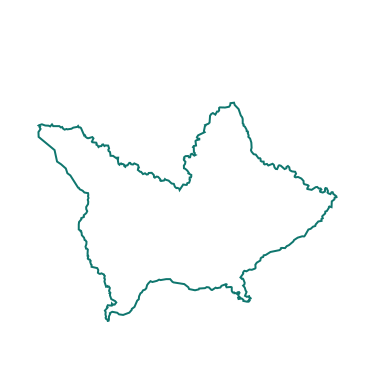 Sant'Ana do Livramento, Rio Grande do Sul, Brazil (Robinson projection), rotated 156°
{"feature_id": "56859067B62565689468111", "entity_name": "Sant'Ana do Livramento", "entity_type": "district", "adm_level": 2, "iso_a3": "BRA", "parent_name": "Brazil", "parent_adm1": "Rio Grande do Sul", "projection": "robinson", "projection_center": [-55.556, -30.804], "detail": "fine", "context": "isolated", "style": "outline", "palette": "teal", "viewbox_px": 384, "rotation_deg": 156, "n_neighbors": 0, "source": "geoboundaries", "source_scale": "gbopen_adm2", "svg_char_len": 6038}
<svg xmlns="http://www.w3.org/2000/svg" viewBox="0 0 384 384"><g transform="rotate(156 192 192)"><path d="M314.3,173.5L313.9,172.5L312.9,171.9L312.6,170.2L313.4,169.7L313.7,166.8L313.4,166.2L314.2,164.5L309.5,161.0L309.4,158.8L310.8,156.5L310.3,155.5L309.4,154.6L307.8,154.5L306.0,152.4L306.2,151.6L305.8,150.8L307.2,149.0L307.0,147.8L308.4,145.8L309.0,140.4L307.5,140.4L307.6,139.7L306.4,139.4L306.1,137.7L308.0,135.4L307.8,133.8L308.4,133.2L307.8,132.9L309.0,131.0L309.3,127.0L306.6,123.6L306.1,121.9L308.5,120.6L310.4,121.8L310.6,122.5L311.2,121.5L310.9,120.9L311.5,120.8L315.0,122.8L316.5,121.5L316.2,120.7L319.8,119.1L319.7,117.4L320.8,115.5L321.3,112.9L322.1,112.2L322.1,111.0L321.3,110.1L321.4,108.5L320.6,108.3L319.9,109.1L318.5,112.1L316.5,113.8L316.3,114.7L313.6,115.0L309.4,112.1L308.4,109.9L304.9,107.7L298.3,107.3L295.1,108.8L294.5,109.7L291.3,110.4L286.2,115.1L284.3,115.6L282.8,118.2L280.3,120.4L278.7,120.7L276.7,122.1L274.8,121.9L273.0,122.6L270.9,125.2L269.0,126.3L266.2,127.4L264.8,125.9L260.2,125.1L257.7,125.3L256.5,124.3L251.0,122.9L247.4,121.3L246.4,117.9L245.6,116.9L236.5,111.0L234.1,106.5L234.1,104.5L229.2,101.0L225.5,100.3L224.7,100.9L219.3,98.9L217.2,99.1L215.4,98.0L214.1,94.7L213.4,94.3L209.3,95.0L208.3,94.0L204.9,93.2L203.2,94.3L198.4,94.0L198.0,93.5L199.2,92.5L199.2,90.9L195.0,89.4L194.5,88.7L195.9,85.5L195.7,83.7L194.4,83.1L194.5,82.3L193.2,81.9L192.4,80.7L191.2,81.8L189.8,81.5L189.6,80.6L191.6,79.1L191.8,78.0L191.2,76.6L192.9,76.6L193.0,75.3L189.9,74.5L188.9,72.6L189.4,71.6L186.2,69.3L185.3,69.6L184.8,68.8L183.5,69.4L183.8,70.3L183.3,70.7L181.7,70.9L181.7,71.7L182.6,72.6L182.3,73.6L184.5,73.9L185.8,75.6L182.8,78.5L183.1,80.1L182.7,83.3L183.4,85.7L181.8,86.2L180.8,87.6L180.6,91.5L180.9,92.3L181.7,92.3L182.5,94.2L178.4,96.6L178.3,97.4L177.1,98.4L176.2,98.7L174.5,97.4L171.1,97.8L169.0,96.6L165.7,96.4L164.8,96.8L163.7,99.8L161.6,101.1L157.5,101.6L156.2,103.5L155.1,103.9L153.4,103.7L152.3,105.0L150.2,104.5L144.7,105.3L135.7,103.3L134.1,103.7L133.7,104.5L132.7,104.4L129.8,102.9L127.5,104.0L125.1,104.0L119.6,105.6L118.3,106.6L114.0,107.3L109.3,106.7L107.7,105.8L106.8,106.1L100.9,110.4L98.6,110.1L95.5,111.1L93.2,110.8L92.3,112.0L88.6,113.7L85.4,112.9L84.8,114.6L83.2,114.8L83.1,116.5L82.6,117.0L79.1,118.2L78.2,119.9L76.5,119.8L73.5,121.8L73.0,122.7L72.4,122.9L70.7,121.4L68.1,126.6L65.0,127.3L64.0,128.8L62.1,128.5L61.9,129.4L63.7,132.8L63.6,134.6L64.6,135.0L66.4,133.8L67.9,135.2L68.4,136.4L67.4,137.6L67.4,140.5L68.4,141.3L69.0,141.0L70.4,138.4L72.7,138.3L74.7,139.9L74.7,140.9L72.8,141.7L73.1,142.9L74.6,143.5L75.6,145.7L77.1,146.1L81.8,145.3L85.4,147.8L85.2,148.5L83.0,150.2L83.4,151.2L86.3,153.5L86.4,154.8L85.6,156.7L86.6,159.8L89.0,162.6L91.3,163.2L92.0,164.0L91.8,164.7L89.5,166.4L89.5,168.5L92.2,170.1L93.5,171.7L93.7,172.6L93.1,175.0L93.8,176.7L95.5,176.4L96.2,175.3L98.1,175.3L100.2,179.9L101.4,180.9L102.1,180.9L104.9,178.3L106.1,179.0L106.6,180.9L106.2,183.5L106.9,185.0L111.5,185.2L112.1,187.1L114.5,187.7L114.9,188.5L114.2,190.6L116.0,191.5L116.6,192.5L115.9,194.5L116.1,195.2L117.5,195.7L118.5,200.2L120.3,201.5L121.2,204.7L121.1,206.3L119.6,208.1L117.7,213.0L117.2,217.2L118.1,219.5L117.2,220.8L117.1,223.1L116.4,223.9L116.5,224.8L117.3,225.3L116.8,226.9L117.1,230.1L118.0,231.7L117.3,232.8L117.8,233.9L116.0,238.1L115.8,239.8L116.3,242.1L115.7,248.8L117.6,254.1L117.3,256.5L120.7,257.5L121.9,255.7L123.5,254.8L127.4,255.7L132.2,258.0L133.0,257.8L134.1,255.4L135.3,254.8L136.4,255.3L139.2,253.2L140.8,255.6L142.7,255.4L144.5,254.3L147.7,248.3L149.2,247.7L152.8,247.8L152.7,247.1L153.5,246.8L156.4,242.7L156.1,241.5L163.3,241.3L165.3,240.0L165.0,238.5L163.7,237.7L164.0,237.0L166.9,237.5L168.1,237.1L169.4,232.8L171.7,233.3L172.8,232.6L172.3,231.9L174.0,227.7L173.6,226.5L174.3,225.0L173.8,224.4L175.1,224.3L176.4,226.9L177.8,226.9L179.6,224.5L180.6,224.8L180.9,226.5L183.4,227.4L185.1,226.9L185.4,225.5L186.1,225.4L186.4,224.5L185.7,222.3L186.9,220.5L188.7,219.4L189.7,216.9L188.7,215.9L187.6,213.5L187.1,210.8L187.7,210.4L185.7,207.9L186.4,206.4L187.0,205.8L188.2,206.2L189.2,204.4L188.9,203.8L190.8,201.7L192.7,202.0L193.8,200.7L194.4,200.8L197.0,202.4L202.5,198.9L202.3,200.3L203.7,201.7L204.7,201.9L205.5,203.8L205.3,206.8L207.2,208.1L208.7,211.9L211.2,214.0L211.5,214.8L212.9,213.9L215.9,214.7L216.3,215.4L215.8,215.9L216.0,217.2L216.8,219.6L218.1,220.5L220.1,220.2L220.6,220.9L220.0,223.1L221.0,225.9L223.8,227.0L225.1,226.1L226.3,226.4L227.3,228.2L229.5,228.3L230.3,231.1L231.1,231.5L232.5,234.2L231.3,235.9L230.6,235.9L230.4,238.6L233.1,241.6L234.7,241.1L236.3,242.1L236.6,243.7L237.4,244.1L240.1,242.6L241.5,243.1L242.7,242.1L243.3,243.1L243.0,244.7L243.9,245.8L244.8,246.0L245.0,246.8L245.7,247.0L247.2,246.4L247.7,247.7L246.9,250.9L245.5,253.4L246.8,253.9L247.3,253.5L249.4,257.1L251.7,258.2L250.8,261.2L250.7,262.2L251.5,263.2L251.3,264.6L250.0,265.6L249.7,268.5L252.0,269.7L253.3,269.6L253.8,271.6L254.7,271.8L256.1,270.8L257.8,271.4L259.1,271.1L259.2,272.7L260.1,274.1L259.4,275.0L259.4,276.0L262.8,278.0L263.0,278.7L260.2,281.1L260.7,282.7L264.8,283.3L265.7,283.8L266.9,285.9L266.6,287.2L267.0,288.0L267.5,287.8L267.4,295.6L267.8,296.4L269.0,297.0L269.2,298.6L270.2,298.1L274.3,299.1L276.4,298.8L280.3,299.9L281.0,300.6L283.0,300.8L283.9,302.1L284.2,304.2L285.5,304.3L286.4,306.1L292.0,308.6L292.4,310.7L294.9,309.6L296.0,310.9L299.0,312.4L301.6,314.9L304.5,315.2L305.1,315.1L304.2,313.5L304.9,313.0L304.7,311.2L307.9,309.2L309.7,304.7L300.5,286.2L302.9,274.7L300.3,270.5L297.7,264.8L298.2,259.8L296.4,256.6L294.3,242.3L293.7,241.9L293.5,240.2L291.4,237.7L290.5,235.3L287.4,233.2L288.0,231.3L288.7,230.6L289.0,228.6L290.4,227.3L290.7,225.4L291.9,223.2L294.8,221.3L295.6,219.3L295.5,217.1L297.2,215.7L300.3,214.8L300.9,213.2L303.9,213.1L304.2,212.1L307.4,210.5L308.6,208.5L310.7,203.8L309.3,201.7L309.8,201.3L309.3,200.2L310.2,197.3L309.2,194.2L309.6,191.8L309.0,191.2L308.6,189.5L309.7,187.3L311.5,185.4L311.8,183.4L311.1,183.1L310.6,181.8L312.7,177.7L312.8,175.9L313.4,176.0L313.7,174.2L314.3,173.5Z" fill="none" stroke="#0f766e" stroke-width="2"/></g></svg>